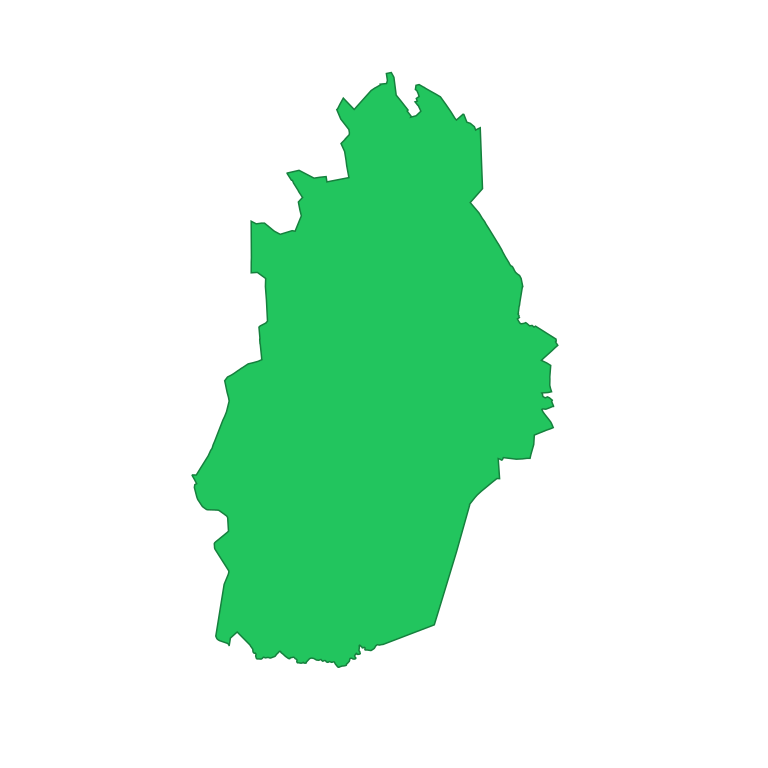 Burtnieku pag., Burtnieku, Latvia (orthographic projection), rotated 197°
{"feature_id": "27541924B29560801732467", "entity_name": "Burtnieku pag.", "entity_type": "district", "adm_level": 2, "iso_a3": "LVA", "parent_name": "Latvia", "parent_adm1": "Burtnieku", "projection": "orthographic", "projection_center": [25.298, 57.686], "detail": "fine", "context": "isolated", "style": "filled", "palette": "green", "viewbox_px": 768, "rotation_deg": 197, "n_neighbors": 0, "source": "geoboundaries", "source_scale": "gbopen_adm2", "svg_char_len": 6025}
<svg xmlns="http://www.w3.org/2000/svg" viewBox="0 0 768 768"><g transform="rotate(197 384 384)"><path d="M265.5,168.4L265.5,193.6L265.6,244.5L266.7,293.6L267.0,293.9L263.7,302.3L262.4,305.1L259.7,309.7L251.7,321.8L248.4,326.6L245.8,327.3L253.0,346.1L251.2,346.0L249.3,345.6L248.7,346.1L248.3,348.5L235.5,350.8L229.9,352.8L225.6,354.7L222.6,355.6L222.9,359.5L223.1,369.9L224.4,375.3L225.3,379.1L215.5,387.1L211.5,390.0L209.4,391.8L211.8,394.7L213.3,396.3L214.9,397.5L221.7,402.2L223.9,403.9L225.6,405.8L225.3,406.3L224.1,406.8L222.2,407.1L221.6,407.4L218.4,409.9L216.3,411.7L215.7,412.1L215.3,412.1L215.3,412.3L218.5,416.2L218.3,417.7L221.6,419.1L223.9,419.5L225.7,417.9L228.1,418.4L228.7,418.9L229.2,420.2L229.5,420.6L230.0,421.2L230.5,421.5L230.2,421.7L224.6,423.8L221.5,425.6L223.4,428.3L225.1,431.2L226.8,437.2L227.5,439.2L230.0,450.5L234.5,451.7L240.4,452.6L238.7,455.7L233.2,464.8L231.3,468.2L229.1,471.8L232.3,474.4L232.3,474.6L232.2,474.6L231.8,475.4L232.5,476.8L232.6,477.2L256.0,483.6L257.2,482.3L259.5,483.3L261.8,482.2L264.9,483.6L266.4,484.1L267.7,483.0L270.6,481.6L271.9,482.0L273.9,483.7L275.5,485.3L274.0,487.1L274.3,487.3L274.6,487.9L275.0,489.0L276.1,489.8L276.3,490.2L276.1,490.7L276.3,490.8L276.8,493.9L277.5,497.7L277.4,498.4L277.6,499.9L277.9,501.4L280.1,517.7L279.8,517.8L283.7,525.0L286.1,527.4L288.6,528.2L290.9,529.3L292.9,531.1L293.3,531.7L295.3,533.6L296.1,534.0L297.0,534.0L297.5,534.4L298.1,534.7L299.1,535.5L299.4,536.0L300.6,537.1L305.1,541.1L309.3,545.2L310.3,546.4L315.4,551.2L316.3,551.9L329.2,563.3L333.2,566.7L335.2,568.7L338.5,571.2L343.1,575.3L354.6,582.7L346.9,599.6L366.9,657.2L369.7,654.6L370.6,653.6L372.7,656.4L377.6,658.5L381.3,658.6L386.4,665.1L387.3,665.1L391.9,657.6L393.7,658.7L399.5,663.8L406.4,669.3L414.0,675.1L418.9,676.3L424.5,677.5L430.8,678.9L432.1,679.4L432.3,679.3L438.0,680.6L440.7,679.0L440.1,674.8L438.4,674.2L436.3,671.8L434.5,669.2L436.6,666.5L434.9,664.2L436.8,662.9L433.2,660.4L433.0,660.5L432.7,660.3L428.5,655.7L429.0,654.7L431.7,649.9L436.4,647.0L436.2,647.9L441.7,651.8L441.1,653.0L450.7,659.7L456.8,663.8L464.2,680.2L468.1,684.0L472.5,681.6L469.5,675.3L469.4,672.1L475.3,669.6L474.8,668.9L475.4,668.4L478.7,664.9L479.0,664.7L482.1,660.9L492.8,637.8L506.5,645.5L507.9,638.9L508.8,633.6L509.4,632.6L502.8,624.7L492.0,617.1L490.6,614.3L490.1,612.3L492.6,607.3L492.4,607.2L495.4,601.4L489.6,594.8L485.5,586.4L483.5,581.9L477.9,571.1L497.7,560.6L500.0,565.4L505.9,562.9L511.1,560.4L527.7,563.5L538.3,557.4L538.2,557.0L532.1,551.8L531.9,551.8L531.4,552.0L531.1,551.9L530.0,550.7L529.4,549.8L522.1,543.5L522.1,543.3L521.8,543.0L517.1,539.1L516.4,538.7L519.1,533.0L515.5,526.2L512.2,520.6L513.7,504.1L516.6,503.8L527.0,496.8L533.3,498.0L534.9,498.6L545.3,502.9L548.0,502.1L553.0,499.8L558.6,500.8L547.7,465.9L546.6,461.8L543.5,451.5L537.7,453.7L528.0,450.3L525.9,442.5L521.0,430.0L514.5,412.0L513.8,410.0L514.8,408.0L514.7,407.9L519.4,403.3L520.2,401.8L515.8,390.9L516.0,390.8L516.0,390.6L514.3,386.2L514.0,386.0L513.9,385.7L508.7,373.3L508.2,371.9L507.9,371.6L511.0,368.9L515.7,365.9L519.8,363.5L524.3,358.0L524.8,357.6L526.6,355.2L527.4,354.3L530.5,350.3L532.5,348.0L535.7,344.9L537.3,340.5L537.2,340.4L531.5,330.0L528.9,325.9L527.3,322.8L527.1,322.7L526.5,311.3L526.9,306.4L527.5,302.5L528.6,287.8L529.2,279.6L529.6,276.1L529.6,272.1L530.3,270.0L531.1,263.9L534.9,249.8L536.9,242.1L540.6,241.0L540.7,240.4L538.1,238.0L534.0,233.9L535.1,232.9L535.5,232.4L535.1,229.6L530.1,221.4L528.7,219.5L527.8,218.6L527.5,218.4L522.2,214.0L521.3,213.5L517.2,212.1L516.2,212.1L510.0,213.8L509.5,214.0L508.7,214.1L507.7,214.4L505.5,214.9L504.4,214.7L495.9,211.8L494.8,210.9L494.3,210.2L489.7,197.8L489.8,197.6L490.5,196.3L498.8,183.9L499.5,182.6L499.6,181.6L498.6,179.1L498.1,177.7L497.4,176.7L478.5,160.5L477.8,159.8L477.5,159.2L477.4,158.6L477.3,157.3L477.3,156.2L478.3,145.7L471.3,94.9L471.2,94.0L471.0,93.5L469.9,92.2L469.4,91.7L468.9,91.3L467.6,90.8L466.2,90.5L457.6,90.2L456.9,89.8L455.7,88.7L455.6,88.8L456.6,96.1L451.9,103.9L435.8,95.2L434.9,94.3L432.0,92.1L431.1,89.9L430.6,89.2L429.5,88.6L429.2,88.8L428.8,88.7L428.5,89.0L427.8,88.6L427.3,88.0L427.3,87.0L427.1,86.1L426.7,85.7L426.3,84.9L426.0,84.5L425.5,84.1L424.9,84.0L424.1,84.3L421.1,85.0L420.3,85.8L419.5,87.3L419.0,87.6L417.6,87.4L416.9,87.6L415.8,88.3L414.4,88.7L413.1,88.6L412.2,88.9L408.8,91.5L408.4,92.0L407.7,94.1L406.3,96.6L405.9,97.7L405.1,98.0L404.6,97.9L404.2,97.3L403.8,97.0L401.9,96.3L398.6,94.7L395.2,93.6L394.2,93.6L393.7,93.9L393.6,94.7L393.4,95.0L392.4,95.3L390.8,96.3L389.8,96.2L388.7,95.4L388.3,95.3L387.4,95.2L386.7,94.8L386.4,94.4L386.3,93.2L386.1,92.9L385.7,92.3L385.3,92.1L383.8,92.5L382.5,92.6L381.1,93.0L380.6,93.3L379.9,94.2L379.6,94.2L378.9,93.7L377.1,94.2L376.8,94.7L377.0,95.1L377.0,95.3L376.6,96.0L376.3,96.7L374.9,99.5L374.2,100.2L372.9,100.8L370.8,101.0L368.0,100.3L365.6,100.7L364.5,101.7L363.7,102.1L362.7,101.4L361.5,101.0L361.1,101.3L360.5,101.9L359.5,102.3L359.0,102.3L358.0,101.5L357.2,101.3L356.4,101.4L355.8,101.8L355.2,102.5L354.8,102.7L352.9,102.5L352.3,102.7L351.2,103.5L350.8,103.6L350.3,103.6L349.8,103.2L348.8,102.1L346.0,100.2L345.6,99.9L344.7,99.8L344.2,100.0L343.2,100.9L341.6,102.0L339.9,102.7L338.6,103.4L337.9,103.9L337.8,104.1L337.9,105.2L337.1,106.5L336.1,108.7L336.1,109.7L336.3,110.7L336.2,111.6L335.6,112.0L334.6,112.3L333.8,112.0L333.0,112.0L331.4,112.5L330.8,113.2L330.8,113.6L331.1,114.1L332.0,114.5L332.7,115.6L332.6,116.1L332.5,116.3L332.3,116.6L332.0,117.0L331.9,118.1L331.7,118.4L331.4,118.4L330.7,117.8L330.1,117.7L328.8,118.3L328.4,118.6L327.9,119.1L327.9,119.3L328.3,119.8L328.8,120.8L329.1,121.2L329.8,121.5L330.1,122.1L330.5,124.6L331.2,126.6L331.1,127.0L330.7,127.1L329.7,126.6L328.4,126.1L327.7,125.4L327.1,125.4L326.1,126.3L325.5,126.4L325.2,126.3L324.9,125.8L324.7,124.6L324.5,124.3L324.1,124.2L322.5,124.7L319.0,125.2L318.4,125.4L318.0,125.8L316.2,128.0L315.9,128.6L315.3,131.1L314.7,132.1L314.2,132.6L314.0,132.8L312.5,132.9L311.9,133.1L310.3,134.0L308.7,134.7L265.5,168.4Z" fill="#22c55e" stroke="#15803d" stroke-width="1.5"/></g></svg>